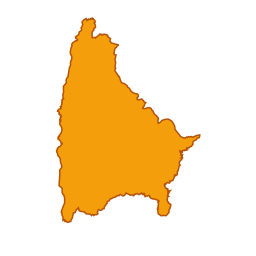 outline of Tlanchinol, Hidalgo, Mexico, rotated 9°
{"feature_id": "50627088B11315942998338", "entity_name": "Tlanchinol", "entity_type": "district", "adm_level": 2, "iso_a3": "MEX", "parent_name": "Mexico", "parent_adm1": "Hidalgo", "projection": "robinson", "projection_center": [-98.632, 21.045], "detail": "fine", "context": "isolated", "style": "filled", "palette": "amber", "viewbox_px": 256, "rotation_deg": 9, "n_neighbors": 0, "source": "geoboundaries", "source_scale": "gbopen_adm2", "svg_char_len": 5825}
<svg xmlns="http://www.w3.org/2000/svg" viewBox="0 0 256 256"><g transform="rotate(9 128 128)"><path d="M179.6,208.4L181.7,204.9L181.2,203.1L182.1,200.5L182.4,197.3L182.1,196.7L179.7,195.9L179.7,195.0L178.5,194.3L178.1,193.6L178.2,192.9L177.8,192.5L178.1,190.0L177.8,189.6L178.2,189.1L178.7,189.0L178.2,188.6L178.0,189.0L177.6,188.8L177.8,187.2L178.8,186.1L178.1,186.4L178.5,185.4L178.4,185.3L177.8,185.9L177.4,185.4L177.7,184.5L178.5,184.6L178.3,185.0L178.7,184.9L178.9,184.7L178.6,184.3L178.9,184.3L179.4,183.4L178.1,184.1L178.0,184.5L177.6,183.7L177.2,183.7L177.4,183.1L176.6,182.3L177.1,181.4L176.1,182.3L175.5,181.6L174.6,181.4L173.9,180.3L173.4,180.0L172.7,178.1L173.1,177.5L173.5,178.0L173.7,177.6L173.9,177.8L175.1,175.8L175.3,176.0L176.4,175.7L177.3,176.0L177.9,175.4L177.6,173.8L179.0,173.7L179.6,173.0L180.5,172.8L181.5,169.0L181.3,167.1L182.0,166.9L182.7,167.6L184.0,166.3L183.8,165.0L183.4,163.9L184.2,162.3L184.5,157.3L185.3,156.7L184.2,155.1L184.1,153.6L184.4,152.8L186.0,150.6L186.0,149.5L186.6,149.0L186.5,148.8L186.3,149.1L185.4,149.1L185.7,148.9L185.7,147.1L186.0,146.0L185.2,146.2L185.0,146.7L184.4,146.5L184.6,146.0L184.3,145.2L184.5,144.5L183.7,144.2L183.5,143.8L183.8,143.5L183.0,143.3L182.9,142.5L184.5,143.3L185.1,143.0L184.9,144.0L185.5,143.8L185.0,142.0L185.9,141.9L187.0,141.0L187.3,141.4L188.0,140.9L188.5,141.1L189.2,140.7L188.9,140.7L189.1,138.7L190.0,139.0L190.7,137.8L191.4,138.0L192.0,137.1L193.6,136.1L193.5,135.7L194.2,135.0L194.7,133.8L194.4,133.1L194.5,131.3L195.1,130.4L197.4,128.8L197.9,127.1L199.6,126.7L200.1,125.0L199.9,123.6L198.9,124.1L197.2,124.5L193.4,127.0L191.9,126.5L189.9,127.3L189.0,127.1L188.0,127.9L187.2,127.8L185.7,129.2L181.6,128.4L174.7,122.1L173.8,118.8L172.2,116.6L170.1,114.3L166.8,113.0L164.2,113.3L160.5,115.1L158.8,117.5L157.2,118.6L156.3,115.8L156.7,114.8L156.2,113.2L154.6,112.1L154.3,111.4L152.6,110.7L150.7,108.6L149.9,107.1L148.8,106.7L147.9,105.3L147.1,104.7L145.5,104.7L143.6,105.2L143.2,105.7L140.9,106.4L139.5,106.3L139.6,105.3L140.6,103.4L140.8,101.6L141.6,100.2L139.5,99.5L139.1,98.7L137.1,97.2L134.0,98.6L132.8,98.4L132.3,97.7L132.3,96.5L133.3,95.5L133.3,94.7L132.7,93.5L131.4,92.7L130.9,93.0L128.7,92.7L126.4,91.9L125.1,91.0L123.2,88.6L121.3,87.7L120.4,86.2L117.0,84.6L115.3,84.6L113.9,83.6L111.3,78.6L110.7,78.4L105.9,73.3L106.5,70.8L105.7,70.0L105.5,64.9L104.5,62.9L104.7,57.7L103.4,57.8L103.0,57.6L102.5,56.5L102.6,52.1L102.8,51.2L104.0,50.1L104.6,48.1L105.0,48.2L105.5,47.8L105.3,47.4L98.6,46.6L97.7,46.1L96.5,44.9L96.7,42.4L94.3,41.3L93.4,39.7L93.1,39.5L92.7,39.8L92.5,39.3L92.1,39.2L89.8,39.0L89.3,39.5L88.6,39.5L88.4,40.0L87.7,40.1L87.8,39.8L85.6,39.5L85.0,40.8L84.4,41.1L81.9,44.0L81.8,43.5L81.7,43.9L80.9,43.6L78.7,44.5L78.3,43.7L77.6,39.0L78.1,37.7L78.9,36.9L78.6,35.9L78.9,34.9L79.1,35.0L80.2,33.4L79.2,30.7L78.1,29.6L79.1,28.6L78.8,28.2L78.5,27.0L76.8,26.1L76.6,25.5L76.0,25.7L75.8,25.4L75.6,25.8L75.1,25.4L74.6,26.0L74.4,25.5L74.1,25.6L73.3,26.7L72.1,26.5L71.8,27.3L70.7,28.2L70.6,27.3L69.8,27.0L69.9,26.7L69.6,26.4L68.5,27.4L67.7,27.7L66.1,30.4L66.2,31.2L67.2,32.8L66.7,34.9L66.0,36.5L66.8,38.0L66.7,39.0L64.8,40.8L64.7,43.4L61.9,46.3L62.5,47.7L64.3,48.3L64.5,48.7L63.8,50.0L62.5,50.1L61.4,51.2L60.1,52.4L59.4,53.8L59.8,56.1L59.4,56.9L59.0,61.6L59.7,64.2L60.9,65.4L61.5,67.1L61.6,69.4L61.2,70.1L60.9,72.8L61.4,74.3L61.2,76.3L60.7,77.0L60.7,86.9L60.2,87.4L59.4,89.6L59.5,91.1L60.1,92.9L57.6,97.1L58.0,97.8L58.1,99.8L58.8,102.3L58.4,105.3L58.9,106.6L59.1,109.3L59.6,109.4L58.3,110.7L58.7,110.9L58.9,112.9L58.6,113.0L58.6,113.4L59.0,114.6L58.5,116.5L58.7,117.1L57.9,117.5L58.8,119.3L57.0,120.1L56.0,121.3L55.9,122.2L56.1,122.1L56.5,122.3L56.4,122.6L57.7,123.2L57.9,123.9L57.5,124.9L59.0,125.5L59.0,126.1L59.6,126.4L60.0,126.2L60.3,127.7L59.6,127.9L59.5,129.0L60.1,130.0L59.5,130.3L60.0,130.9L59.9,131.2L60.5,131.5L60.1,132.0L59.6,131.7L60.3,135.5L61.3,136.3L62.6,138.5L63.0,139.9L63.1,140.8L62.6,143.7L61.4,146.0L61.7,146.5L61.6,147.0L60.7,147.9L60.6,147.7L60.3,148.4L60.7,149.1L60.7,149.5L61.0,149.3L61.7,149.8L61.6,150.3L63.7,151.9L64.1,153.2L65.0,153.7L65.3,153.4L65.6,153.9L64.8,154.4L64.6,155.6L63.8,156.8L62.4,157.6L62.2,158.6L61.7,158.7L61.4,159.4L61.5,160.5L61.0,161.3L61.4,162.9L62.5,164.5L63.2,166.4L64.6,167.3L66.1,169.2L66.0,169.7L66.7,172.3L68.2,175.1L68.7,177.3L67.2,180.4L67.9,184.4L68.9,195.7L72.4,197.9L73.0,201.8L73.9,203.5L75.3,204.6L76.5,207.7L77.1,212.1L76.8,213.7L76.4,214.5L75.2,221.6L76.1,222.2L76.3,224.0L77.8,226.5L78.2,229.4L79.2,228.5L79.7,228.4L80.0,228.8L79.9,229.5L80.4,230.2L81.3,229.7L82.6,230.6L84.3,230.2L85.2,229.3L86.1,229.3L86.0,228.5L87.1,225.4L87.3,220.6L87.6,220.2L88.4,220.2L89.1,219.6L89.7,217.0L91.5,214.6L92.5,217.1L93.1,217.5L94.0,217.8L96.4,217.6L98.3,217.9L100.2,219.4L103.1,219.0L104.9,219.3L105.6,220.2L106.5,219.1L107.5,219.0L107.9,219.8L108.2,219.6L108.2,218.9L110.6,218.5L111.7,217.4L111.6,216.9L110.9,216.2L111.3,213.6L112.1,213.2L113.4,213.6L114.4,213.5L115.7,211.8L117.0,211.4L117.0,209.3L118.0,208.0L118.5,206.4L119.2,205.7L118.8,204.4L119.7,203.3L121.0,202.7L121.4,200.9L122.5,200.5L124.5,198.9L126.3,198.2L128.4,196.2L129.5,196.4L130.7,194.8L133.3,195.9L134.5,195.6L135.4,194.6L136.3,192.5L137.8,193.1L139.8,193.5L140.8,194.1L142.4,193.4L144.0,194.1L144.4,193.8L144.7,192.3L145.8,192.2L147.3,191.3L148.8,192.1L150.2,191.6L150.8,190.6L151.6,190.0L152.0,190.2L152.2,190.9L153.1,191.5L153.8,191.1L154.1,190.2L154.6,190.4L154.9,192.0L155.6,193.1L156.6,192.3L157.6,192.3L159.2,191.3L159.7,191.3L160.2,192.6L161.2,193.6L163.3,194.2L165.3,194.0L169.7,194.9L169.9,195.2L169.5,195.3L169.5,195.9L169.1,196.0L169.0,196.5L169.7,197.1L170.1,199.7L169.9,200.0L170.2,201.2L169.9,201.7L170.2,202.2L169.7,202.9L170.0,204.1L170.3,204.0L170.1,204.5L170.7,205.8L171.0,207.4L171.6,208.2L174.5,209.5L176.6,208.8L178.4,208.8L179.6,208.4Z" fill="#f59e0b" stroke="#b45309" stroke-width="1.5"/></g></svg>